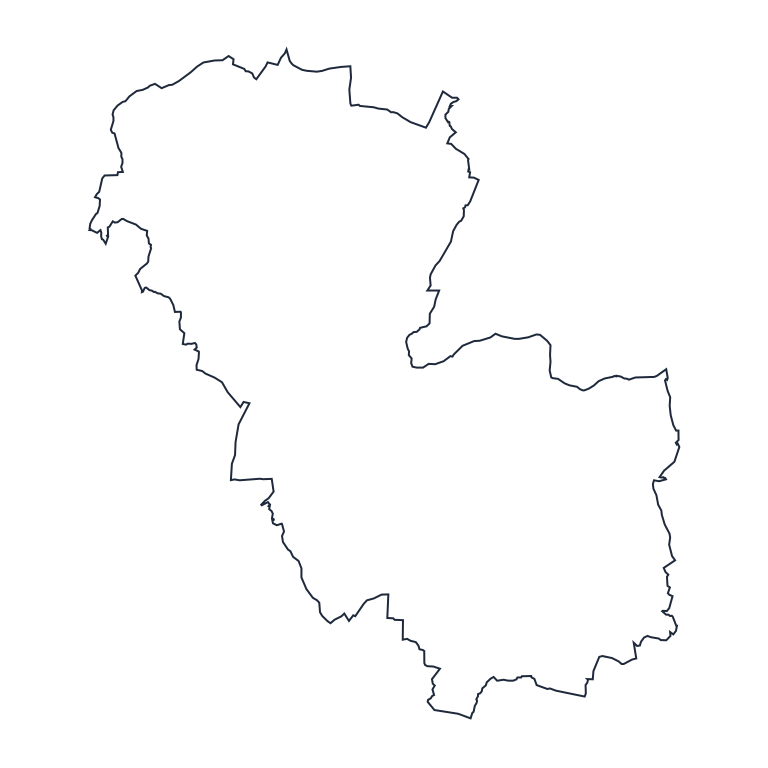 outline of Fizesu Gherlii, Cluj, Romania, rotated 271°
{"feature_id": "2599482B28237894043014", "entity_name": "Fizesu Gherlii", "entity_type": "district", "adm_level": 2, "iso_a3": "ROU", "parent_name": "Romania", "parent_adm1": "Cluj", "projection": "equal_earth", "projection_center": [23.963, 47.003], "detail": "fine", "context": "isolated", "style": "outline", "palette": "slate", "viewbox_px": 768, "rotation_deg": 271, "n_neighbors": 0, "source": "geoboundaries", "source_scale": "gbopen_adm2", "svg_char_len": 6097}
<svg xmlns="http://www.w3.org/2000/svg" viewBox="0 0 768 768"><g transform="rotate(271 384 384)"><path d="M403.7,665.9L396.9,656.7L395.8,654.1L394.9,635.2L392.6,628.8L393.4,627.2L393.8,624.0L395.6,620.5L396.3,616.2L395.7,616.1L396.0,613.9L395.2,612.8L393.4,604.6L390.6,598.6L386.1,593.8L382.8,588.6L381.1,584.2L381.1,582.9L382.2,580.1L384.6,577.0L385.9,569.5L387.8,564.6L392.2,557.9L392.8,552.5L393.5,551.1L400.5,549.4L409.1,550.1L416.0,549.5L425.7,549.8L430.1,546.3L435.9,539.1L436.2,535.5L433.2,527.4L431.5,518.2L431.4,514.0L433.7,501.0L436.2,494.6L432.4,489.6L428.9,478.9L428.5,473.4L423.6,461.9L414.7,453.2L412.6,452.0L413.0,449.9L407.8,443.2L404.7,434.8L404.9,428.3L401.1,422.8L401.0,416.2L401.8,412.2L405.3,410.8L410.0,411.2L413.3,408.3L417.1,408.5L419.7,407.1L426.4,405.4L430.6,406.3L433.6,408.6L434.8,411.0L436.4,412.6L436.7,415.8L439.2,418.5L440.8,419.1L442.4,425.5L445.4,428.5L455.1,428.6L462.1,432.8L469.5,434.2L478.4,437.5L478.2,425.7L483.3,428.9L491.0,428.1L494.4,428.7L503.4,433.4L508.0,437.5L527.5,448.4L538.1,450.5L544.4,453.8L547.5,456.3L548.7,458.4L553.1,460.8L559.2,460.9L561.0,460.2L562.0,461.9L564.0,462.4L564.2,464.6L568.1,467.0L589.7,475.1L591.9,470.3L592.1,465.6L597.2,466.4L597.9,464.5L600.0,464.8L599.9,465.5L609.5,464.1L610.4,464.6L615.4,460.4L620.4,451.8L625.2,447.0L625.7,443.1L631.8,445.5L636.9,451.4L640.1,447.5L642.7,446.3L643.3,445.2L647.1,444.7L647.4,443.9L647.0,443.4L650.9,440.8L654.4,440.7L657.2,443.5L660.2,444.0L663.0,446.7L662.8,444.9L665.4,446.0L667.2,448.6L668.0,451.2L669.9,453.5L671.5,452.0L671.4,447.1L677.5,437.8L646.5,424.6L641.0,421.5L646.3,406.0L651.0,397.7L654.8,392.7L656.0,388.5L655.8,386.4L658.5,382.4L659.3,373.4L660.5,369.0L661.6,355.1L662.8,353.7L661.7,346.5L663.8,345.5L677.8,344.2L689.7,345.7L701.1,344.8L700.3,335.6L698.4,323.9L696.0,316.7L695.1,311.5L695.8,301.3L696.7,296.6L701.2,287.7L702.9,286.0L705.4,284.1L716.8,280.7L712.9,279.1L708.4,275.3L701.2,272.1L703.5,262.0L699.3,260.0L686.5,251.0L688.3,248.6L692.2,246.9L694.2,243.0L694.3,240.3L696.6,238.8L701.0,227.4L706.1,227.9L709.2,222.9L704.9,216.9L704.5,208.9L702.3,197.8L698.1,191.6L692.3,185.3L683.3,173.6L679.5,167.1L679.1,163.7L675.9,156.5L680.1,149.8L678.2,144.8L676.3,142.7L673.9,137.6L672.6,131.5L667.2,124.5L662.2,120.5L661.5,117.8L657.8,112.8L653.0,108.9L648.6,107.9L646.3,108.8L642.2,108.9L633.4,106.4L630.5,107.9L629.8,110.2L615.3,114.4L610.5,117.4L606.6,117.4L604.2,118.6L600.5,118.7L596.6,117.4L591.5,119.2L591.1,114.3L588.2,113.8L587.6,101.0L584.6,98.7L571.2,95.9L568.8,93.5L565.7,91.8L564.8,95.2L563.5,96.8L557.0,96.6L549.9,94.5L549.0,93.1L543.0,89.3L539.1,87.5L534.5,86.9L533.9,87.7L532.8,86.9L532.6,89.2L530.1,94.5L532.9,97.8L530.4,98.7L526.9,98.6L523.9,99.4L523.4,100.7L519.4,103.3L526.8,105.7L527.4,105.5L526.7,105.0L527.4,104.4L528.3,105.5L535.7,105.1L536.5,106.7L541.9,110.0L540.7,112.0L541.1,114.8L544.4,118.9L544.5,120.5L542.4,124.1L539.1,133.2L534.9,138.4L533.0,144.5L528.4,144.2L525.3,146.0L520.4,146.5L519.1,148.6L517.0,148.2L515.7,148.8L507.3,146.3L502.2,146.1L500.5,145.0L494.7,138.1L491.0,136.4L488.0,133.5L473.3,140.4L471.6,140.3L472.0,141.3L475.9,143.1L476.3,144.6L473.8,147.8L473.2,150.5L472.0,152.2L472.2,153.3L470.7,156.1L470.4,159.2L468.1,162.4L466.9,167.2L465.5,168.7L459.2,172.0L452.4,173.7L452.7,179.3L452.2,179.7L446.9,179.8L442.9,178.3L435.2,179.0L431.3,183.5L420.5,182.1L419.9,185.4L420.9,187.0L420.8,190.8L421.7,194.3L420.3,195.6L417.1,196.1L415.1,194.0L413.2,198.3L412.1,198.4L405.7,198.1L399.5,196.2L395.0,196.5L393.8,202.0L391.3,205.3L387.4,214.6L382.9,222.0L373.0,227.9L358.4,240.8L363.6,243.9L362.4,249.8L341.1,239.3L323.4,236.6L310.3,236.3L301.6,233.3L285.2,232.6L286.0,236.2L285.2,241.3L287.1,261.5L286.7,264.9L287.2,273.4L274.5,275.5L267.7,270.6L265.2,267.1L261.2,263.4L260.6,263.9L263.9,270.0L261.5,272.0L259.9,270.6L259.4,271.3L259.9,271.9L256.8,271.4L255.1,273.7L252.5,275.1L247.7,274.3L246.7,274.5L247.1,275.9L246.3,276.2L245.4,274.8L242.8,275.4L240.9,279.3L242.6,284.1L242.1,284.5L234.8,286.6L230.2,284.7L224.3,285.7L216.9,290.8L215.1,293.4L209.6,296.1L205.5,301.7L198.2,304.7L189.2,304.8L177.6,310.0L169.0,316.6L166.6,320.8L164.2,323.1L154.7,324.0L151.0,326.3L145.9,331.7L143.9,334.7L147.4,338.6L151.0,345.5L153.8,348.3L146.5,353.1L152.2,357.3L151.3,359.3L163.9,367.6L167.4,370.7L169.4,377.5L173.4,385.3L173.7,392.0L150.1,391.4L149.9,397.3L148.4,398.7L148.2,407.1L128.7,407.2L129.6,411.6L127.7,415.0L126.5,420.3L123.0,423.0L119.4,424.1L118.7,427.5L117.7,428.9L105.7,429.2L103.9,429.9L102.6,432.2L102.4,438.2L100.3,444.9L89.7,437.1L85.2,438.0L83.4,440.0L79.5,437.8L73.9,439.5L72.8,437.5L70.6,436.3L69.0,433.6L67.0,433.2L58.9,440.1L55.6,463.8L51.2,476.4L56.8,478.1L57.8,479.3L63.7,480.4L66.7,482.1L68.9,482.6L70.4,481.8L73.4,483.4L75.7,483.5L76.4,485.5L78.4,487.1L81.4,487.6L84.4,491.0L87.6,492.0L91.2,495.7L93.0,498.7L89.3,502.3L90.4,508.8L89.6,512.9L89.6,518.3L91.0,521.6L92.9,522.5L93.0,526.3L94.2,526.9L94.6,536.3L93.2,536.6L91.8,539.5L85.6,541.9L81.9,552.7L82.5,555.2L80.4,561.2L75.0,590.1L78.1,591.2L86.5,590.8L89.0,592.5L91.8,593.1L92.5,592.4L92.4,597.9L100.6,598.4L114.9,604.0L115.8,606.9L114.0,616.7L110.7,623.5L108.2,626.4L108.2,628.5L112.8,636.8L114.0,641.0L129.7,638.2L126.5,641.6L127.0,644.4L130.7,645.4L135.0,648.4L136.7,651.8L135.5,655.3L134.3,663.2L132.8,665.2L132.7,670.7L137.1,674.8L141.0,674.4L138.7,677.6L142.2,680.2L147.3,681.1L147.2,680.5L156.3,676.8L157.3,675.8L157.0,674.1L158.3,672.5L158.3,670.1L161.7,666.1L162.1,666.6L161.9,670.7L164.9,673.1L176.9,676.2L178.3,672.8L179.8,671.5L185.6,673.4L187.0,671.1L187.9,670.9L196.2,670.3L198.3,671.6L201.0,668.7L205.0,666.9L212.8,678.1L217.0,675.0L228.3,671.9L235.5,672.8L239.3,672.1L248.5,667.1L257.9,664.1L262.3,663.5L268.2,660.2L277.6,658.3L284.0,655.2L288.6,654.6L292.4,655.6L291.6,660.8L293.6,667.6L294.9,666.8L294.8,665.7L295.7,665.1L295.3,663.4L295.7,661.2L302.2,665.5L311.3,675.7L326.2,680.4L329.8,678.6L330.1,678.2L328.9,677.7L330.3,676.8L333.2,679.5L342.6,679.2L342.5,676.9L347.9,674.0L357.8,671.2L367.3,670.0L375.7,670.4L382.1,667.7L392.5,664.9L393.9,665.9L393.0,666.9L394.9,667.6L403.7,665.9Z" fill="none" stroke="#1e293b" stroke-width="2"/></g></svg>